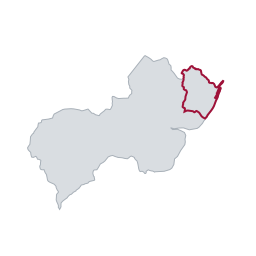 Guyana, with Barima-Waini highlighted, rotated 80°
{"feature_id": "GUY-675", "entity_name": "Barima-Waini", "entity_type": "Region", "adm_level": 1, "iso_a3": "GUY", "parent_name": "Guyana", "parent_adm1": "", "projection": "orthographic", "projection_center": [-59.909, 7.754], "detail": "medium", "context": "in_parent", "style": "outline", "palette": "rose", "viewbox_px": 256, "rotation_deg": 80, "n_neighbors": 0, "source": "natural_earth", "source_scale": "10m", "svg_char_len": 5071}
<svg xmlns="http://www.w3.org/2000/svg" viewBox="0 0 256 256"><g transform="rotate(80 128 128)"><path d="M77.7,119.2L71.8,112.6L65.9,106.0L60.1,99.5L59.7,98.6L62.2,95.5L64.4,93.3L66.2,92.1L67.0,91.0L66.4,86.2L66.4,84.5L65.6,82.6L65.0,80.5L65.7,78.8L66.6,77.6L67.7,77.1L70.4,76.7L72.3,76.5L73.0,75.8L74.1,75.0L75.6,75.0L78.4,75.5L79.7,74.5L82.1,73.1L87.4,70.6L88.6,69.0L89.4,66.5L89.3,65.4L88.8,64.9L87.5,64.5L85.5,64.4L83.8,65.1L82.2,64.7L80.8,63.2L80.7,61.9L81.5,60.1L81.1,59.0L78.4,55.2L78.5,54.1L80.4,52.4L81.5,51.0L83.0,47.6L84.1,46.4L87.8,46.0L88.7,45.3L90.6,43.5L93.4,41.4L97.4,39.7L98.6,36.7L99.3,35.9L102.5,34.3L103.0,33.4L103.0,32.7L97.8,25.9L98.9,26.4L102.8,30.8L105.0,31.7L105.5,31.8L105.5,30.6L107.5,31.1L112.8,34.1L120.4,39.1L131.2,48.5L134.2,52.1L136.3,53.8L139.5,57.9L140.4,59.9L140.4,68.0L137.5,73.4L136.9,77.5L136.7,82.9L135.1,86.0L137.3,84.3L137.9,79.4L139.8,76.4L142.2,73.2L145.4,72.4L148.9,73.8L151.7,74.0L154.2,74.9L159.4,80.1L164.6,84.2L166.5,87.5L171.9,89.2L175.1,91.8L176.2,94.0L176.9,99.9L175.8,108.9L176.1,109.3L174.7,111.1L174.4,112.2L173.5,114.2L172.7,115.3L173.8,117.7L175.0,117.8L175.5,118.1L175.8,118.6L175.8,119.2L175.3,119.6L174.1,120.2L173.0,121.7L173.1,123.2L172.4,124.1L170.2,124.5L165.8,124.5L163.6,124.6L161.9,124.9L160.7,125.9L159.3,126.7L158.2,126.8L157.2,128.0L156.2,129.7L156.5,130.8L157.5,132.4L158.2,133.9L157.4,136.5L156.5,138.4L156.0,139.9L155.3,142.8L153.6,146.0L152.4,147.8L152.4,149.7L153.0,152.5L156.5,156.5L157.6,158.5L158.6,161.5L161.7,164.0L163.7,165.9L163.5,168.5L163.8,169.3L165.0,170.0L166.5,170.5L168.1,170.4L169.6,170.2L169.9,169.8L173.3,169.8L173.7,170.4L173.9,174.2L174.1,175.7L174.9,176.3L175.3,177.2L175.4,178.1L175.5,180.2L176.0,181.3L176.0,183.5L176.3,184.3L177.3,184.9L178.4,186.5L178.9,186.7L179.1,187.2L180.1,189.5L180.7,190.2L181.0,190.3L181.2,191.1L181.9,193.2L182.4,193.7L183.4,195.3L183.7,197.0L185.0,198.9L186.3,200.2L186.9,201.6L188.5,204.7L190.1,206.9L192.2,207.4L194.0,207.7L195.2,208.6L196.3,209.5L195.1,209.9L194.0,210.4L192.5,210.0L190.5,210.3L188.4,210.9L186.4,211.2L182.7,210.3L181.6,210.1L180.8,209.7L179.3,207.8L178.6,207.6L176.6,208.5L174.2,209.1L173.0,209.0L171.7,209.7L170.4,210.6L167.9,214.3L166.7,215.7L165.3,216.3L162.6,216.3L159.7,216.4L157.6,217.3L155.5,217.8L154.5,217.9L154.2,219.9L153.7,220.9L153.1,221.4L151.5,221.6L150.1,221.5L149.2,220.7L147.6,220.3L146.2,220.0L145.3,219.5L144.5,219.6L143.9,220.5L143.4,221.2L143.0,222.5L140.9,223.0L139.9,223.7L140.5,226.3L140.2,227.2L139.8,228.0L137.2,228.2L135.0,228.1L133.7,229.1L132.1,230.1L131.1,230.3L130.0,230.3L128.5,229.0L127.1,227.5L123.4,226.4L119.7,225.5L117.3,223.1L116.8,221.9L115.6,221.3L112.8,218.4L111.2,216.6L109.5,216.1L107.6,215.3L107.7,213.9L107.5,212.6L106.7,212.1L105.5,211.7L105.1,211.0L105.2,209.3L105.4,204.9L105.1,200.6L102.5,199.2L101.4,198.2L99.4,191.9L98.5,189.1L98.4,187.0L99.1,180.7L99.8,178.0L101.8,172.6L103.0,170.8L103.1,169.4L102.9,167.6L102.4,164.1L105.8,161.9L107.2,161.0L107.5,159.5L109.3,157.7L110.1,155.9L110.8,154.5L110.6,153.8L109.8,153.4L108.9,152.0L106.9,148.2L106.2,147.4L105.6,146.4L105.9,144.7L106.7,142.8L106.6,142.1L105.4,141.1L102.9,139.4L100.9,139.3L99.4,138.7L97.1,138.6L95.2,138.4L94.2,137.8L94.4,136.8L94.8,136.0L96.4,134.1L97.4,132.1L97.6,130.0L97.9,127.4L98.3,125.1L98.6,122.5L96.1,120.8L95.4,119.4L94.4,118.2L93.3,118.2L91.6,117.6L89.0,119.3L87.0,119.0L85.5,119.6L82.3,119.5L80.2,118.7L77.7,119.2Z" fill="#d9dde1" stroke="#a8b0b8" stroke-width="1"/><path d="M95.3,40.2L97.0,40.3L97.5,40.0L97.8,39.5L98.0,38.4L98.3,38.0L98.3,37.0L98.5,36.5L99.5,35.6L100.0,35.4L102.5,34.9L103.0,34.4L103.4,33.8L103.4,33.2L102.3,31.4L99.4,28.2L97.7,25.7L99.2,26.5L100.2,27.5L101.8,29.9L102.8,30.9L103.6,31.3L104.9,31.7L107.9,33.6L108.8,33.8L109.1,34.5L110.9,34.8L111.5,35.5L114.0,37.6L113.3,36.5L112.4,35.6L111.2,34.8L109.1,34.0L106.6,32.2L104.9,31.3L104.3,30.2L104.4,29.9L105.1,29.8L105.5,30.0L106.5,30.7L107.6,31.1L109.1,32.2L110.9,33.3L113.4,34.4L116.3,36.6L121.4,39.6L123.4,41.2L123.9,41.7L125.3,43.1L129.1,47.4L130.6,48.5L132.0,50.5L130.7,52.2L129.6,53.2L129.0,53.6L125.3,55.2L123.6,56.9L123.1,57.7L123.2,58.1L123.9,59.3L124.0,59.7L124.0,60.0L123.8,60.2L123.1,60.8L122.7,61.3L121.2,66.0L121.1,67.2L121.7,69.5L120.2,68.9L119.0,68.6L118.6,68.6L118.0,68.9L117.8,69.7L116.8,70.5L116.5,70.5L114.5,69.8L113.9,69.4L112.9,69.4L112.5,69.2L110.0,66.7L107.0,65.9L103.0,63.7L102.3,63.8L101.1,64.1L100.9,64.3L100.7,65.0L99.5,66.3L99.0,66.3L97.9,65.9L97.5,65.9L96.5,67.0L95.9,67.2L94.9,66.9L94.0,66.5L93.2,66.4L92.9,66.5L92.7,66.5L91.8,65.8L90.9,65.2L89.5,64.7L88.7,64.8L88.0,64.3L86.8,64.3L85.9,63.8L85.2,63.8L84.6,64.1L84.1,64.5L83.5,65.6L83.2,65.6L80.9,63.8L80.5,62.9L80.5,62.1L80.9,61.3L81.7,60.5L81.7,59.9L80.9,58.4L80.3,58.0L80.1,57.7L80.2,57.1L80.1,56.9L79.7,56.7L79.0,56.4L78.3,55.3L78.1,54.4L78.5,53.7L79.8,53.3L80.9,51.7L81.0,51.5L81.4,51.6L81.7,51.4L81.8,51.1L81.7,50.6L82.2,49.9L82.1,48.8L82.9,47.8L83.4,46.8L83.8,46.4L84.4,46.2L86.8,46.2L88.0,46.1L88.6,45.6L88.9,45.0L89.5,44.4L90.8,43.5L91.3,43.0L91.9,42.2L93.3,41.7L94.8,40.4L95.3,40.2Z" fill="none" stroke="#9f1239" stroke-width="2"/></g></svg>